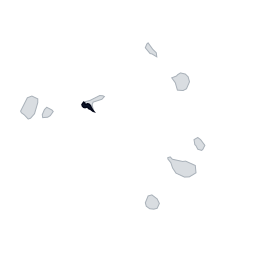 Tarrafal de São Nicolau highlighted on a map of Cabo Verde, rotated 325°
{"feature_id": "CPV-5058", "entity_name": "Tarrafal de São Nicolau", "entity_type": "state/province", "adm_level": 1, "iso_a3": "CPV", "parent_name": "Cabo Verde", "parent_adm1": "", "projection": "natural_earth1", "projection_center": [-24.363, 16.58], "detail": "fine", "context": "in_parent", "style": "filled", "palette": "ink", "viewbox_px": 256, "rotation_deg": 325, "n_neighbors": 0, "source": "natural_earth", "source_scale": "10m", "svg_char_len": 1495}
<svg xmlns="http://www.w3.org/2000/svg" viewBox="0 0 256 256"><g transform="rotate(325 128 128)"><path d="M161.6,197.3L158.0,203.7L150.2,203.2L146.1,200.6L141.4,192.5L141.6,186.3L143.2,181.0L142.9,176.3L143.6,175.1L146.0,175.9L146.4,179.0L153.5,186.7L156.2,188.2L161.6,197.3ZM59.6,62.7L53.8,64.1L51.4,63.4L50.6,57.9L49.4,54.3L49.7,52.6L62.9,45.5L67.6,46.7L70.8,52.4L68.6,55.5L59.6,62.7ZM192.6,112.0L197.5,113.2L199.4,112.8L202.6,113.0L205.9,116.7L206.6,120.6L204.9,125.4L198.4,129.4L194.6,128.9L190.2,125.3L192.7,118.1L192.6,112.0ZM110.4,207.8L105.8,210.5L102.6,209.3L99.5,206.6L98.1,202.6L99.3,199.2L105.5,195.2L109.2,196.5L111.2,202.8L110.4,207.8ZM123.5,85.2L125.9,87.2L126.7,88.7L123.1,89.5L114.3,86.8L111.9,88.4L109.6,94.2L105.1,85.5L105.4,82.3L106.4,81.3L112.6,83.6L123.5,85.2ZM177.1,188.4L175.5,188.6L173.0,185.5L173.5,181.2L173.2,180.0L175.4,175.4L179.7,175.8L180.8,179.2L181.0,186.3L177.1,188.4ZM76.2,71.6L71.4,73.3L68.4,73.1L64.1,70.6L65.4,67.9L70.1,65.0L73.3,64.4L76.0,69.6L76.2,71.6ZM194.3,82.6L192.4,86.2L190.1,81.0L188.8,79.7L188.2,72.2L191.6,70.0L193.3,69.8L193.4,77.6L194.3,82.6Z" fill="#d9dde1" stroke="#a8b0b8" stroke-width="1"/><path d="M109.5,94.9L108.9,94.1L108.1,91.5L107.8,90.9L107.4,90.4L107.0,89.8L106.9,88.9L106.9,88.2L106.7,87.6L106.4,87.3L105.9,87.2L104.5,86.7L103.5,85.6L103.2,84.0L103.7,82.4L106.4,81.4L107.0,82.9L106.4,83.8L107.0,84.7L108.6,84.8L109.7,85.9L110.1,88.1L109.7,89.9L109.4,92.8L109.5,94.9Z" fill="#0f172a" stroke="#020617" stroke-width="1.5"/></g></svg>